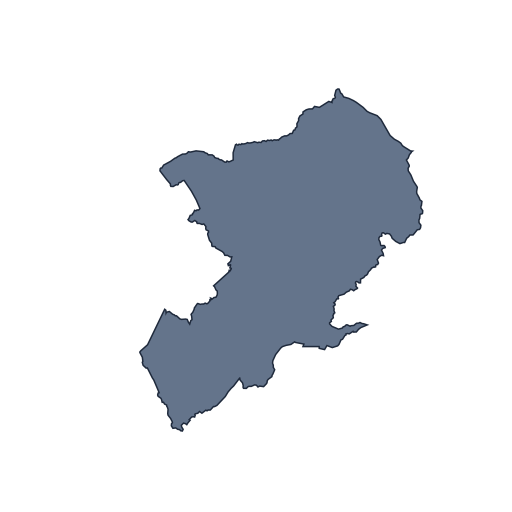 outline of Acteopan, Puebla, Mexico, rotated 40°
{"feature_id": "50627088B24925677971158", "entity_name": "Acteopan", "entity_type": "district", "adm_level": 2, "iso_a3": "MEX", "parent_name": "Mexico", "parent_adm1": "Puebla", "projection": "mercator", "projection_center": [-98.68, 18.751], "detail": "fine", "context": "isolated", "style": "filled", "palette": "slate", "viewbox_px": 512, "rotation_deg": 40, "n_neighbors": 0, "source": "geoboundaries", "source_scale": "gbopen_adm2", "svg_char_len": 6124}
<svg xmlns="http://www.w3.org/2000/svg" viewBox="0 0 512 512"><g transform="rotate(40 256 256)"><path d="M349.6,166.5L348.7,165.8L347.3,165.7L345.2,167.6L344.6,167.6L341.9,165.5L339.4,164.4L338.4,162.8L338.4,161.2L339.4,160.2L339.5,159.6L338.3,158.8L337.8,157.2L338.6,156.3L341.1,156.1L341.7,154.6L344.1,153.2L346.9,153.8L348.9,154.9L353.7,155.0L358.3,154.0L360.2,150.9L361.2,150.1L360.0,145.5L360.5,143.1L360.4,141.0L362.8,138.9L362.7,132.2L364.2,130.5L363.9,128.6L362.5,126.4L359.5,125.7L357.7,123.7L357.2,122.0L355.0,118.8L355.0,118.4L356.1,116.9L356.1,116.2L354.6,114.1L351.5,113.3L350.4,111.9L350.2,110.9L348.0,107.5L345.5,107.6L343.8,106.6L338.9,104.7L337.5,103.2L335.5,99.8L334.8,99.4L328.5,97.5L322.6,94.4L317.9,92.9L316.1,91.0L315.7,88.8L315.0,88.0L309.5,85.8L309.6,83.1L308.4,79.8L308.4,77.0L308.1,76.2L308.4,75.1L306.8,76.2L299.5,77.2L297.2,77.4L294.4,76.5L291.4,76.7L287.0,77.6L281.3,77.5L263.9,71.1L258.6,70.6L251.0,73.2L248.1,73.8L242.6,73.3L234.1,73.8L230.8,74.3L225.8,75.6L220.9,77.8L217.5,76.6L216.2,76.8L211.9,74.5L212.1,74.8L211.2,75.6L210.7,77.6L213.1,82.5L214.7,83.3L215.0,83.8L214.8,85.0L214.0,85.8L214.3,87.3L214.8,87.8L214.6,88.8L215.5,89.6L212.4,90.8L209.0,101.4L204.7,103.8L204.7,107.0L202.0,109.4L200.5,111.7L199.4,115.4L200.7,117.1L199.6,120.5L200.3,123.4L201.6,124.8L202.3,128.4L204.0,130.2L204.4,131.2L204.0,132.7L204.6,133.8L204.7,134.6L204.0,135.5L205.0,138.8L203.4,140.3L203.1,142.4L202.2,144.4L200.7,145.6L199.2,148.5L199.1,150.4L198.7,151.3L198.8,152.8L197.5,153.4L197.0,154.4L195.9,154.8L195.0,155.7L194.3,157.3L193.0,157.4L192.2,158.8L190.4,159.8L190.1,161.8L188.4,162.2L187.0,163.7L186.9,165.8L185.0,167.0L184.5,168.1L181.1,169.6L180.9,170.5L179.2,172.8L177.9,174.1L176.6,174.6L176.0,176.2L175.0,177.6L173.7,178.9L173.0,179.0L172.8,180.4L171.1,181.3L171.0,182.5L170.2,183.1L169.2,182.9L168.8,184.0L172.1,191.6L176.8,197.1L175.2,200.6L174.6,201.4L172.7,201.8L172.8,203.4L171.6,204.2L167.7,204.6L167.1,205.2L165.4,205.7L164.1,205.6L163.4,206.3L161.1,207.1L159.6,206.5L157.4,206.7L154.4,209.2L152.9,208.8L150.5,209.7L149.0,209.7L142.5,214.0L139.0,218.5L137.2,219.6L137.1,221.6L136.4,223.2L134.2,225.2L132.0,230.6L131.8,231.9L131.0,233.2L129.7,238.4L126.8,245.7L127.3,249.2L126.5,249.9L126.5,250.8L127.7,252.5L138.5,254.9L144.1,255.8L144.9,256.8L146.0,257.4L147.9,256.0L149.0,252.8L150.2,252.0L150.5,251.3L149.9,249.7L150.1,248.9L150.9,248.1L151.4,245.5L152.4,244.3L164.7,247.8L174.3,251.5L182.6,255.7L182.5,257.7L181.2,258.6L181.0,259.9L179.6,260.5L180.3,263.0L180.2,264.6L180.7,265.0L180.5,265.8L179.5,267.2L180.5,270.4L180.5,271.8L181.8,272.1L184.4,271.7L185.4,271.0L186.3,268.1L188.8,267.9L189.3,268.6L190.1,268.8L191.7,267.4L194.4,266.5L195.4,265.0L198.6,265.6L199.9,267.3L200.9,268.0L203.5,267.4L204.4,268.3L204.4,269.5L205.2,270.6L210.3,273.9L213.7,274.6L215.8,276.7L216.4,276.7L218.7,275.1L220.1,275.7L227.2,274.3L229.2,274.4L231.7,275.5L233.9,273.8L236.7,273.4L238.0,272.2L240.0,276.3L239.5,280.1L241.0,281.1L241.9,279.2L242.3,279.2L243.6,281.9L245.0,281.4L245.5,282.5L245.6,283.5L245.3,283.2L245.1,284.1L244.7,284.2L245.5,286.0L242.7,306.1L244.1,306.2L247.1,307.7L248.9,307.8L250.7,309.8L251.4,311.1L251.8,313.4L250.5,314.8L250.2,316.9L248.5,317.4L249.7,318.0L249.5,318.9L248.8,319.1L249.6,320.3L249.5,323.5L248.9,324.3L247.3,324.8L246.8,326.4L245.2,327.8L244.5,328.8L241.9,329.8L241.7,330.4L242.2,335.6L242.8,336.3L243.8,340.0L243.7,341.8L243.9,342.6L245.2,343.3L247.9,345.9L247.6,347.5L249.0,350.8L246.8,350.2L244.1,348.8L242.7,349.5L239.6,352.5L238.1,353.1L233.6,352.9L232.6,353.7L231.2,353.6L229.7,354.2L225.3,354.2L223.5,356.7L223.7,357.4L221.8,355.5L220.3,355.5L230.0,393.7L228.7,402.4L228.7,404.1L229.1,404.6L234.0,406.6L237.1,409.5L237.2,410.5L239.8,412.3L243.9,412.5L244.8,411.6L255.0,416.0L257.4,416.7L264.9,420.5L269.7,423.0L269.1,423.9L270.0,425.7L271.2,426.4L274.4,426.1L275.6,426.5L278.2,428.4L279.2,427.5L281.1,428.2L283.3,427.6L284.3,428.5L285.3,428.8L287.2,430.0L289.7,433.5L291.0,434.5L294.9,435.3L298.2,436.7L299.1,437.4L299.1,438.8L300.3,440.5L303.1,441.4L305.0,439.3L307.4,439.1L309.1,438.1L310.6,438.3L312.1,437.4L311.6,435.6L308.9,434.7L307.6,433.6L307.9,430.6L309.7,429.8L311.4,429.7L311.1,427.7L311.1,424.2L310.0,424.3L310.2,420.7L311.3,419.4L312.5,418.8L311.8,417.1L311.0,416.7L310.9,416.0L312.5,413.9L312.7,411.4L315.6,411.2L316.7,406.3L318.0,406.1L318.3,404.8L320.0,403.4L320.2,398.6L321.0,398.1L322.1,395.6L322.8,383.4L322.0,378.1L322.0,373.4L322.4,370.0L321.9,359.4L322.4,360.5L323.7,361.3L327.1,361.8L329.4,363.4L330.5,364.9L331.5,365.4L333.7,363.6L333.9,361.3L334.3,360.5L336.2,358.9L337.8,355.6L339.4,354.7L341.7,355.1L342.4,353.3L345.8,351.2L346.1,346.8L345.6,345.5L344.8,344.4L344.6,342.8L345.7,338.2L345.0,337.1L344.8,335.6L343.4,331.1L340.9,330.2L339.4,328.5L337.6,327.5L336.2,325.4L334.4,318.9L334.1,310.6L334.5,308.4L336.5,305.1L339.6,301.3L340.8,296.9L341.7,296.9L349.3,292.7L350.2,295.2L362.6,284.8L363.8,286.1L368.7,283.6L367.9,279.0L373.3,277.1L376.3,272.4L376.4,270.4L375.0,265.6L375.8,264.2L375.2,259.7L375.7,258.6L375.0,257.8L375.9,256.6L377.5,255.7L378.8,251.3L379.6,251.6L381.7,249.7L381.7,246.3L382.3,243.5L385.5,237.3L382.0,238.7L380.6,239.6L378.4,240.1L377.7,241.6L376.4,242.7L376.1,243.5L375.6,246.3L373.5,248.4L373.3,249.3L370.3,250.0L369.6,250.5L369.2,251.5L369.2,252.9L368.3,254.2L368.5,255.6L366.2,259.0L359.4,261.1L356.0,260.7L355.3,259.8L355.8,257.7L354.6,256.8L354.9,253.6L353.1,252.0L353.1,251.0L352.5,250.2L352.9,248.9L350.5,247.5L350.0,246.4L347.6,244.8L348.1,243.1L347.6,242.0L345.6,241.8L346.0,240.2L345.4,237.0L346.6,235.9L346.6,235.6L345.2,234.8L344.9,233.2L348.0,228.6L348.4,225.7L349.9,222.7L349.7,220.8L351.3,220.0L353.2,219.8L353.4,218.4L354.5,215.8L354.4,215.3L352.0,215.0L350.9,213.3L349.7,212.9L349.2,212.2L349.1,211.4L349.5,210.8L350.7,210.4L352.2,210.4L353.3,209.4L351.0,206.5L352.4,203.2L352.3,201.0L353.0,199.5L353.0,198.0L352.3,195.9L352.6,192.8L352.3,191.1L353.4,188.6L354.1,188.3L354.6,187.4L353.7,186.2L353.9,185.2L354.7,184.4L354.4,182.7L351.1,180.8L350.9,177.1L351.8,174.6L353.5,173.8L351.7,172.3L348.3,170.8L348.2,168.8L349.6,166.5Z" fill="#64748b" stroke="#1e293b" stroke-width="1.5"/></g></svg>